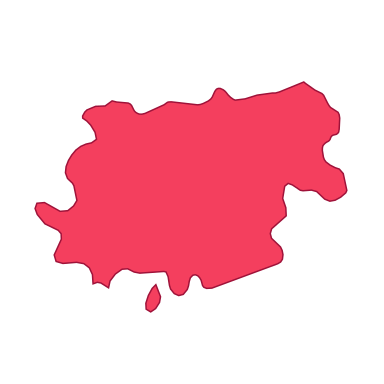 the border of Benevento, rotated 8°
{"feature_id": "ITA-5398", "entity_name": "Benevento", "entity_type": "Province", "adm_level": 1, "iso_a3": "ITA", "parent_name": "Italy", "parent_adm1": "", "projection": "natural_earth1", "projection_center": [14.764, 41.227], "detail": "fine", "context": "isolated", "style": "filled", "palette": "rose", "viewbox_px": 384, "rotation_deg": 8, "n_neighbors": 0, "source": "natural_earth", "source_scale": "10m", "svg_char_len": 2260}
<svg xmlns="http://www.w3.org/2000/svg" viewBox="0 0 384 384"><g transform="rotate(8 192 192)"><path d="M64.1,229.5L71.6,227.8L76.7,222.3L79.2,216.4L74.2,202.3L72.4,199.9L66.9,196.0L64.0,190.6L63.8,184.3L65.3,177.9L67.8,172.1L71.2,166.6L75.5,162.3L80.4,159.3L85.7,157.3L90.1,153.1L87.7,146.4L82.4,139.9L77.9,136.3L73.5,134.1L73.1,132.0L74.7,127.8L76.6,125.3L84.6,120.6L94.0,118.9L100.2,112.9L104.9,113.4L116.5,112.8L118.6,113.5L120.1,114.7L122.9,118.8L123.9,120.0L125.3,121.0L127.0,121.7L128.9,122.2L131.6,121.9L134.6,120.7L152.2,109.5L155.2,106.6L156.7,106.0L159.4,105.6L185.4,104.9L188.0,104.2L190.8,102.8L195.5,99.6L197.6,97.4L198.8,95.3L200.4,89.8L201.1,88.1L202.0,86.7L203.5,85.8L205.5,85.5L208.6,86.4L210.4,87.4L211.9,88.6L214.3,90.9L217.0,92.9L220.1,94.5L222.0,95.0L231.6,92.4L243.0,87.0L257.8,82.8L260.8,82.4L264.7,80.7L287.4,67.5L289.3,68.7L299.6,74.0L306.9,76.4L308.9,77.9L313.8,85.0L315.6,87.3L317.4,89.0L325.6,92.8L327.0,95.0L328.0,98.3L329.0,109.3L328.9,112.2L328.1,113.7L326.9,114.8L323.7,116.1L322.5,117.2L321.8,118.7L321.5,120.4L320.8,121.9L319.8,122.9L318.4,123.9L317.2,125.0L316.1,126.4L315.2,127.9L315.0,130.1L315.3,132.7L317.3,139.2L318.6,141.6L320.5,143.6L324.9,146.1L330.4,148.0L334.7,148.8L339.2,152.7L345.1,168.9L344.4,171.4L340.0,176.4L334.9,180.2L329.8,181.9L324.4,180.6L315.4,174.2L310.0,173.5L301.8,175.3L299.0,175.2L290.4,171.0L286.0,170.1L283.0,173.4L282.7,185.8L287.1,194.5L288.6,202.5L276.0,217.3L275.3,222.3L277.2,226.8L287.3,234.1L289.4,237.3L290.8,241.4L290.9,246.0L289.5,249.0L286.9,251.1L225.1,284.4L219.9,285.4L217.0,284.7L215.5,283.2L213.3,278.1L211.5,275.8L209.3,274.1L206.8,273.5L204.4,274.3L202.3,277.2L201.7,281.1L201.6,285.4L200.9,289.2L197.6,294.6L193.3,296.4L188.6,295.1L184.3,291.1L182.7,287.7L180.1,279.1L177.4,274.8L175.2,274.6L151.6,279.6L145.8,279.3L139.0,277.0L133.5,278.2L127.5,283.9L123.2,291.6L122.7,298.5L114.5,294.8L110.8,294.6L106.8,296.7L104.9,287.6L100.9,281.4L94.9,278.0L87.5,277.7L74.1,280.7L67.1,279.7L64.3,273.5L69.2,256.9L68.2,251.5L64.8,248.5L50.8,244.0L41.9,235.8L38.9,230.2L40.0,224.7L47.4,223.0L64.1,229.5ZM169.1,288.8L175.4,300.1L175.2,305.9L172.2,312.5L167.8,316.5L162.9,314.4L161.8,308.6L163.2,300.5L166.0,293.0L169.1,288.8Z" fill="#f43f5e" stroke="#9f1239" stroke-width="1.5"/></g></svg>